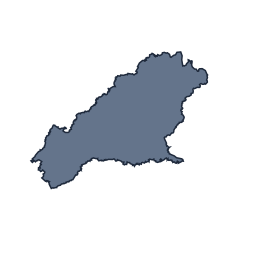 outline of Tierra Blanca, Veracruz, Mexico, rotated 303°
{"feature_id": "50627088B91497262101236", "entity_name": "Tierra Blanca", "entity_type": "district", "adm_level": 2, "iso_a3": "MEX", "parent_name": "Mexico", "parent_adm1": "Veracruz", "projection": "orthographic", "projection_center": [-96.335, 18.527], "detail": "fine", "context": "isolated", "style": "filled", "palette": "slate", "viewbox_px": 256, "rotation_deg": 303, "n_neighbors": 0, "source": "geoboundaries", "source_scale": "gbopen_adm2", "svg_char_len": 5808}
<svg xmlns="http://www.w3.org/2000/svg" viewBox="0 0 256 256"><g transform="rotate(303 128 128)"><path d="M122.9,178.4L123.7,178.6L123.0,179.5L123.2,180.0L124.4,181.2L124.2,182.1L124.8,182.3L123.7,184.1L124.2,184.1L124.1,184.8L124.9,185.6L124.4,186.7L124.8,187.7L127.1,187.4L127.1,188.7L126.1,188.6L126.4,189.1L125.9,189.4L129.0,191.2L129.6,191.2L129.6,190.9L130.3,192.4L131.4,191.1L131.4,189.8L129.5,184.9L129.8,182.0L128.7,176.1L129.0,176.8L129.4,176.7L129.6,174.7L130.4,174.8L130.6,173.4L131.7,173.5L131.8,172.8L134.5,173.4L133.9,172.8L134.5,170.4L134.0,170.3L135.3,168.7L136.2,168.6L138.6,164.8L139.7,163.7L140.7,163.9L141.2,164.8L143.1,164.8L144.2,165.7L144.6,167.1L147.5,167.3L148.3,168.4L149.5,168.5L151.3,167.6L153.3,167.5L154.7,168.0L155.2,167.3L155.7,167.7L157.3,167.5L157.9,168.0L158.4,167.7L160.1,168.4L160.6,168.0L161.9,169.8L163.5,170.4L163.5,169.9L164.2,170.3L164.8,169.7L166.0,169.8L167.7,169.2L168.8,167.2L168.7,165.5L169.6,165.5L170.3,164.4L171.3,164.4L171.2,162.9L172.9,162.4L173.3,163.2L174.4,163.1L175.0,161.4L176.3,160.6L176.7,160.8L178.0,159.7L178.7,160.2L179.8,159.2L181.1,160.5L181.9,160.2L182.0,161.1L182.9,161.3L183.5,161.1L184.1,159.6L186.3,160.2L187.9,162.0L190.2,163.0L191.3,162.1L192.8,163.4L194.5,162.6L195.7,161.4L196.9,161.3L197.2,162.3L199.8,163.9L200.9,165.8L201.6,166.1L202.9,165.5L203.4,164.4L204.6,164.7L205.1,165.1L205.1,166.3L205.7,167.4L206.2,168.0L207.1,168.1L207.1,169.2L209.6,169.6L210.7,168.8L211.0,167.8L213.5,167.2L214.9,165.8L215.8,165.9L216.1,164.9L218.3,161.6L218.2,158.0L216.7,155.8L215.7,155.5L214.2,156.2L213.7,155.8L213.5,155.3L214.5,153.2L213.7,151.7L214.2,148.7L215.6,146.9L216.7,146.6L216.6,145.2L217.5,145.1L218.2,145.9L219.0,145.2L218.8,144.5L217.7,143.8L218.2,142.5L218.0,141.4L216.4,142.7L213.7,142.1L212.7,142.5L210.5,141.3L210.5,140.2L210.0,140.0L214.5,135.9L218.0,134.1L220.5,130.8L218.1,127.8L215.3,128.0L213.8,126.7L210.7,125.6L210.6,124.8L212.4,122.7L212.5,120.0L211.6,119.3L211.2,117.3L209.8,115.9L208.2,116.4L206.0,115.2L205.7,113.0L204.2,113.5L203.8,113.1L204.2,112.4L203.9,111.6L202.8,112.1L202.7,111.1L203.8,110.1L203.3,109.5L203.9,108.9L203.7,107.5L202.7,107.5L201.2,106.3L199.4,107.3L197.8,106.7L197.7,105.7L196.7,105.1L196.5,105.6L195.5,105.2L195.1,106.0L194.8,105.5L194.6,106.2L194.0,105.6L193.6,105.9L193.2,105.6L193.3,104.5L192.5,103.4L188.7,102.2L184.6,102.6L184.6,103.5L184.1,103.7L179.9,103.7L179.9,105.3L178.4,105.6L178.1,105.0L175.8,104.1L175.9,102.2L175.2,101.7L173.7,98.2L172.4,98.5L172.1,97.5L169.8,95.6L168.4,93.0L167.5,93.2L167.0,92.7L166.2,90.9L165.0,91.0L164.3,90.2L163.8,90.8L163.0,90.2L162.0,91.6L161.0,91.0L160.0,91.7L159.0,91.4L157.3,92.3L155.8,94.7L154.8,93.1L151.6,91.5L150.6,91.7L150.5,90.9L150.0,91.5L149.9,90.6L148.8,92.1L148.4,91.7L148.0,92.2L147.3,91.4L145.2,92.1L144.2,91.7L143.8,91.0L144.1,90.0L143.5,89.8L143.6,89.2L142.5,89.2L142.3,88.5L140.6,88.8L139.1,88.1L138.3,86.9L136.6,86.4L136.3,86.8L135.8,85.8L135.3,86.4L134.5,85.6L133.7,85.8L133.5,86.7L132.7,86.9L132.4,87.7L131.6,88.1L131.3,88.1L131.3,87.2L130.2,87.7L129.0,87.0L128.8,87.5L128.3,86.7L127.1,86.6L126.0,85.8L124.6,85.7L124.0,86.4L123.1,85.9L120.5,86.1L120.5,85.3L118.8,84.0L118.8,82.9L116.9,82.8L116.7,81.9L114.9,80.2L114.0,80.3L113.8,78.9L111.4,77.7L110.0,77.8L110.0,78.3L108.8,79.4L107.0,80.1L106.6,79.3L105.3,79.5L105.4,78.8L104.8,78.7L103.0,78.9L101.9,80.3L101.0,79.6L100.0,79.8L99.9,79.4L98.3,80.2L97.3,79.6L96.1,81.2L94.9,80.3L94.1,80.1L93.8,80.7L93.1,80.8L91.7,80.3L90.1,77.8L90.1,75.3L90.9,74.8L92.7,75.1L93.9,76.4L94.4,75.5L94.0,74.3L93.0,74.3L91.4,72.2L90.1,71.6L90.0,69.3L90.8,68.7L90.1,68.0L90.1,65.5L90.4,65.2L90.0,64.1L89.5,63.8L86.5,64.4L84.4,63.6L83.0,64.0L83.1,64.8L82.7,65.0L81.7,65.0L81.5,64.3L80.8,64.1L80.3,65.3L79.6,64.8L78.5,65.4L77.0,64.1L75.7,64.5L74.8,64.3L73.8,65.2L73.2,64.9L72.7,65.6L71.7,65.4L71.1,66.5L70.1,67.1L67.7,67.9L67.1,67.7L66.5,68.4L64.4,67.6L63.6,67.9L62.1,67.1L61.9,66.3L61.2,66.9L59.3,65.8L54.4,65.2L53.5,65.6L50.1,64.6L49.7,65.7L48.0,64.6L48.0,65.0L47.3,65.1L47.1,66.6L49.5,67.0L49.2,68.8L50.9,69.2L51.4,70.0L52.1,69.9L52.8,70.6L52.9,73.9L50.1,73.9L50.1,75.1L47.8,74.8L46.7,76.1L46.0,74.6L44.0,75.7L44.6,77.1L43.9,78.3L44.8,79.1L46.3,79.3L45.8,82.2L44.5,82.6L43.1,81.9L42.7,82.7L41.2,83.5L39.2,82.9L38.4,87.8L39.4,88.4L38.9,89.2L40.0,89.4L40.2,91.3L39.3,91.0L38.1,92.7L37.8,92.7L35.5,96.6L37.1,97.6L37.1,98.4L38.4,99.5L39.2,100.7L39.8,100.4L41.6,100.9L43.2,102.5L44.8,102.7L45.8,103.9L46.5,104.1L46.5,104.7L48.1,105.7L48.7,105.6L48.8,106.2L49.4,106.1L50.7,107.2L50.6,107.7L52.2,107.9L53.0,109.0L53.5,108.8L54.6,109.9L60.1,109.7L60.6,110.7L61.3,111.0L62.6,110.6L62.7,110.0L64.6,109.8L65.1,110.6L66.8,111.1L66.9,111.7L67.2,111.3L67.9,111.4L68.1,110.6L68.9,110.9L69.4,109.3L70.7,109.8L71.2,109.5L71.4,110.0L72.0,109.3L75.1,111.8L76.2,111.5L76.2,112.2L78.3,112.2L78.8,113.1L79.6,113.4L79.5,114.2L80.7,114.0L81.2,114.9L82.0,114.0L82.9,114.3L83.2,115.0L84.0,115.1L84.8,117.7L85.8,119.0L85.3,119.0L84.6,121.4L85.9,122.6L86.2,123.8L86.7,123.7L86.9,125.2L87.9,125.8L88.5,125.5L88.8,126.7L89.6,126.7L89.5,127.6L91.0,128.6L93.2,132.2L94.4,133.0L94.5,133.8L93.6,135.6L94.2,136.4L95.6,136.4L95.4,137.3L95.9,137.6L96.5,140.2L96.1,141.3L97.1,143.1L95.1,143.3L95.1,145.0L96.0,145.4L96.7,146.7L99.0,145.8L98.9,146.7L99.9,148.2L99.3,149.2L99.9,151.8L99.2,152.2L100.2,152.9L99.4,154.2L101.4,154.2L102.2,155.0L103.3,154.0L102.6,155.1L102.9,155.7L103.6,155.7L103.1,156.6L103.3,157.6L104.5,157.3L104.9,158.9L106.3,158.3L107.0,158.8L107.6,160.9L109.4,160.9L109.1,161.8L111.3,163.2L111.1,164.0L112.5,163.4L112.7,162.6L113.7,163.1L114.5,165.7L116.0,166.6L114.9,167.7L115.6,169.1L114.8,169.5L115.2,171.4L117.5,173.4L117.7,173.0L118.3,173.3L118.8,172.2L119.9,172.4L119.5,174.1L118.7,174.3L121.8,175.9L122.6,175.8L123.8,176.7L122.8,178.0L123.5,178.2L122.9,178.4Z" fill="#64748b" stroke="#1e293b" stroke-width="1.5"/></g></svg>